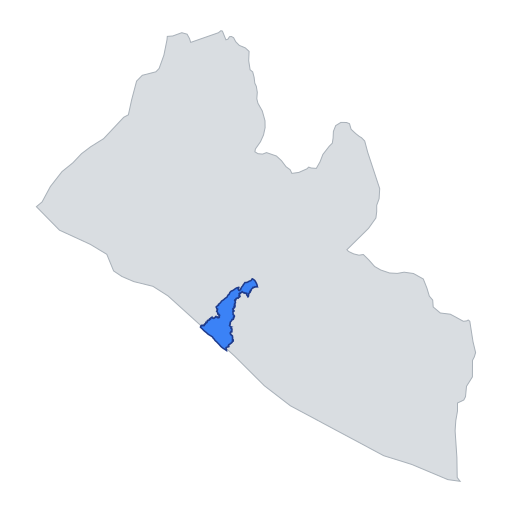 District #4, Grand Bassa, Liberia (highlighted)
{"feature_id": "62588387B61310853787803", "entity_name": "District #4", "entity_type": "district", "adm_level": 2, "iso_a3": "LBR", "parent_name": "Liberia", "parent_adm1": "Grand Bassa", "projection": "mercator", "projection_center": [-9.694, 5.903], "detail": "fine", "context": "in_parent", "style": "filled", "palette": "blue", "viewbox_px": 512, "rotation_deg": 0, "n_neighbors": 0, "source": "geoboundaries", "source_scale": "gbopen_adm2", "svg_char_len": 7424}
<svg xmlns="http://www.w3.org/2000/svg" viewBox="0 0 512 512"><path d="M36.4,206.7L42.1,201.9L50.4,186.5L62.0,171.6L72.9,162.8L81.5,153.7L90.6,146.8L103.7,138.6L123.7,117.3L128.4,114.8L131.6,100.0L136.6,81.1L142.3,75.3L155.9,71.8L159.1,68.5L163.9,55.2L167.0,39.8L167.3,36.4L172.7,36.0L181.8,32.7L187.1,34.2L189.5,38.6L190.7,42.4L218.5,32.7L220.9,30.7L222.4,31.1L225.9,39.8L227.9,39.2L229.5,36.7L231.4,36.5L233.6,37.7L235.7,41.7L239.3,45.4L245.3,47.9L249.1,51.4L248.7,60.7L250.1,69.8L252.7,71.9L254.1,77.3L254.8,83.2L256.3,86.3L257.3,92.3L256.8,98.7L257.9,103.2L262.3,111.0L265.0,120.8L265.1,127.7L263.5,135.0L260.5,141.7L255.4,149.0L254.9,151.8L258.0,153.7L262.6,154.1L266.5,152.6L276.4,156.0L281.5,160.7L286.0,166.7L290.1,169.7L291.9,173.4L298.9,172.4L307.0,168.8L308.7,167.1L311.1,168.0L316.3,168.4L320.0,161.9L322.9,154.4L329.2,146.3L332.3,143.2L333.1,138.1L333.4,131.4L335.7,125.6L340.9,122.4L346.5,122.5L349.5,123.7L351.1,129.3L355.6,133.5L359.4,136.5L361.5,137.7L364.7,141.0L367.7,152.3L379.7,188.7L379.1,198.7L376.7,205.3L376.7,211.7L375.9,218.0L368.5,228.4L346.9,249.7L348.6,251.5L353.7,253.9L359.0,255.2L363.3,254.5L368.7,259.8L374.6,266.5L380.7,270.0L389.6,273.0L397.4,273.4L404.1,272.2L413.4,273.5L423.3,279.0L426.9,288.1L429.3,296.1L432.7,300.1L433.2,307.0L440.3,313.0L450.3,314.2L463.4,321.3L466.7,320.9L468.2,320.0L469.8,321.3L473.0,341.7L475.6,352.6L474.3,356.9L472.5,360.4L472.4,376.9L466.5,386.3L465.5,396.7L463.8,400.0L457.5,403.0L457.5,411.0L455.8,420.6L455.1,430.8L456.9,457.6L457.2,477.5L460.1,481.3L447.8,479.6L411.6,464.4L383.7,455.7L290.4,405.8L264.4,385.8L234.5,356.0L168.0,295.9L152.9,286.3L133.8,281.6L121.9,276.5L113.6,270.9L106.8,254.3L90.2,244.3L59.5,230.2L36.4,206.7Z" fill="#d9dde1" stroke="#a8b0b8" stroke-width="1"/><path d="M220.4,302.8L218.4,304.4L218.6,304.7L218.6,305.1L218.3,305.4L217.5,305.8L216.5,306.5L216.2,306.8L216.1,307.0L216.6,308.1L216.9,309.0L217.2,308.9L217.6,309.0L217.6,309.3L217.3,310.1L217.3,310.4L217.3,310.7L216.8,310.9L216.6,311.2L217.8,312.8L217.7,313.5L217.7,313.9L217.8,314.1L218.1,314.3L218.3,314.3L218.7,314.1L218.8,314.2L218.8,314.6L218.8,314.8L219.4,314.9L219.6,315.1L219.6,315.5L219.1,315.7L219.0,316.1L219.1,316.4L219.4,316.8L219.4,317.2L219.1,317.6L218.0,317.9L217.7,317.5L217.7,317.1L217.5,316.9L217.0,317.0L216.9,317.2L216.0,316.6L215.9,316.4L215.4,316.8L215.4,317.3L215.2,317.4L214.6,317.8L214.4,317.9L214.1,318.3L213.7,318.4L213.5,318.0L212.6,318.0L212.4,318.1L212.2,317.9L212.0,317.2L211.6,317.6L211.4,317.5L211.2,317.6L210.7,318.1L210.5,318.4L209.7,318.8L209.3,319.2L209.3,319.5L209.5,319.6L209.8,319.6L209.5,319.9L209.3,320.1L208.9,320.3L208.5,320.2L208.3,320.4L208.0,320.5L207.5,320.4L207.3,320.8L207.5,321.3L207.4,321.5L207.2,321.6L207.0,321.8L207.0,322.5L206.9,322.6L206.3,322.1L206.0,322.1L205.9,322.3L206.0,322.7L205.8,322.8L205.8,323.2L205.5,323.4L205.4,323.5L205.5,323.7L205.4,323.9L204.9,324.0L205.0,324.3L204.9,324.5L204.5,324.5L204.3,325.2L204.1,325.0L203.9,325.0L203.8,325.4L203.7,325.5L203.4,325.2L203.2,325.3L203.3,325.6L203.1,325.7L202.8,325.7L202.6,325.3L202.4,325.3L202.4,325.5L202.1,325.5L202.1,325.3L201.9,325.2L201.7,325.3L201.7,325.7L201.6,325.8L201.2,325.6L200.8,326.0L200.6,326.3L200.6,326.7L200.7,326.9L200.5,327.3L202.0,328.6L204.0,330.7L205.2,331.7L206.4,332.6L207.7,333.9L208.9,334.7L210.9,335.9L212.6,337.0L213.1,338.1L214.1,339.0L215.0,340.4L215.7,341.1L216.4,341.6L218.1,343.4L219.0,344.3L220.9,346.5L221.7,347.2L223.4,348.5L224.5,349.1L226.6,350.6L226.6,350.0L226.2,349.4L226.1,348.9L226.2,348.5L226.1,347.8L226.1,347.5L226.9,347.2L228.8,346.7L228.8,346.3L228.9,346.1L228.3,345.8L228.3,345.6L228.8,344.6L229.2,344.4L229.5,344.3L230.3,343.9L230.3,343.7L230.5,343.3L231.2,343.2L231.5,343.0L231.9,342.3L232.2,342.2L232.3,341.5L232.8,341.4L233.1,341.3L233.3,340.6L233.2,339.9L232.4,339.9L232.4,339.6L232.5,339.0L232.7,338.9L232.5,338.2L232.4,337.8L232.6,337.6L232.7,337.1L232.4,336.4L232.4,335.8L232.0,335.6L231.5,335.3L231.5,334.9L231.3,334.8L231.0,334.8L230.5,334.2L230.4,333.9L230.5,333.6L230.4,333.6L230.4,333.2L230.2,333.1L230.2,332.8L230.7,332.2L231.4,331.7L231.7,331.6L231.8,331.7L231.9,331.4L231.6,331.2L231.9,331.1L232.0,329.1L231.8,328.7L231.3,328.7L231.0,328.4L231.0,328.1L231.1,327.6L231.0,327.0L231.3,326.9L230.3,326.5L229.9,325.9L229.9,325.2L229.7,325.2L230.3,324.0L230.0,323.7L229.8,323.7L229.8,323.4L229.7,323.4L230.2,323.2L230.3,322.9L230.3,322.5L230.2,322.4L230.4,321.9L230.7,321.7L231.1,321.2L231.5,320.8L231.9,320.3L232.0,320.0L231.9,319.6L232.0,319.4L232.8,319.2L232.9,319.4L233.2,319.4L233.3,319.2L233.5,318.9L233.6,318.7L233.4,317.2L233.5,317.0L233.7,316.8L233.9,316.9L234.1,317.1L234.5,316.1L234.1,315.5L233.8,315.0L233.5,315.0L233.1,314.6L233.1,313.1L233.0,312.6L232.9,311.4L233.1,310.6L233.3,310.8L233.4,311.3L233.6,311.4L233.9,311.3L234.0,311.0L234.0,310.6L233.5,310.2L233.3,309.7L232.9,309.3L233.2,309.1L233.2,308.8L232.9,308.7L233.1,308.4L233.5,308.4L233.8,308.2L234.0,307.8L234.0,307.2L234.2,307.3L234.2,307.7L234.3,307.8L234.6,307.5L234.8,307.0L234.7,306.7L234.2,306.4L234.3,306.2L234.8,306.2L235.0,306.3L235.1,306.2L235.1,305.9L234.4,305.4L234.3,305.1L234.3,304.8L234.4,304.7L234.7,304.6L235.0,304.8L235.0,304.6L234.8,304.3L234.8,304.1L234.6,303.7L234.6,303.4L235.0,303.4L235.5,302.8L235.2,301.4L234.6,300.6L234.8,299.9L235.1,299.9L235.6,300.1L235.7,299.4L236.0,299.4L236.1,299.1L236.2,298.4L237.2,298.1L238.0,298.2L237.9,297.7L238.0,297.6L238.7,297.5L238.8,297.3L239.1,297.2L239.1,296.8L239.2,296.6L239.5,296.4L239.6,296.5L239.8,296.7L240.1,296.2L239.7,295.8L239.2,295.8L239.0,295.5L239.0,295.2L239.5,295.0L239.6,294.7L239.4,294.4L239.4,294.0L239.1,293.6L239.8,293.0L240.3,292.9L240.6,293.2L240.9,292.8L240.9,292.6L241.4,292.5L241.6,292.1L241.9,291.9L242.1,292.0L242.2,291.7L242.3,291.8L242.4,292.0L242.5,292.1L242.8,292.1L243.1,292.3L243.3,292.6L243.5,292.6L244.0,293.0L244.2,292.9L244.4,293.0L244.4,292.8L244.6,292.7L244.8,293.0L245.2,293.2L245.5,293.2L245.9,293.0L246.0,293.0L246.1,293.3L246.4,293.9L246.6,293.7L246.9,293.6L246.9,293.9L247.2,294.2L246.9,294.1L246.6,294.3L246.7,294.8L246.8,294.8L247.1,295.2L247.1,295.4L247.4,295.9L247.7,296.2L247.8,296.5L248.1,296.7L248.1,296.8L248.3,296.7L248.5,296.0L248.5,295.5L248.7,295.0L248.7,294.5L248.6,294.0L248.8,293.5L249.1,293.3L249.3,293.1L249.4,292.8L249.5,292.7L250.0,292.5L250.2,292.1L250.3,292.0L250.3,291.9L249.9,291.6L250.0,291.5L250.2,291.3L250.4,290.5L250.6,290.5L250.9,290.6L251.1,290.6L251.1,290.4L250.9,290.2L251.5,289.2L252.1,288.5L252.7,288.1L253.0,287.3L253.4,287.3L253.6,287.4L253.6,287.6L254.1,287.3L254.6,287.2L254.8,286.9L255.0,287.1L255.5,286.8L255.8,286.8L256.1,286.9L256.2,286.7L256.5,286.8L257.2,286.6L257.4,286.7L257.0,284.7L256.4,283.3L255.2,281.1L254.6,280.3L253.5,279.5L252.6,278.9L252.2,278.8L251.5,279.9L250.9,280.6L250.3,280.9L249.6,281.0L249.2,281.1L248.8,281.5L246.8,282.5L246.5,282.4L245.4,282.6L245.0,282.5L244.8,282.7L243.5,284.6L243.2,284.8L243.0,285.5L242.3,286.4L241.8,286.9L241.3,287.6L241.2,288.2L240.9,288.5L240.9,289.0L240.5,289.0L240.4,289.1L240.2,289.8L239.8,290.1L239.7,290.5L239.4,290.6L238.7,290.3L238.5,289.6L238.2,289.3L238.1,288.9L238.7,288.0L238.9,287.5L238.8,287.3L237.8,287.6L236.9,287.8L236.1,288.2L235.4,288.6L234.0,289.7L232.4,290.7L231.6,290.9L230.7,291.5L230.3,292.0L229.8,292.6L229.3,294.0L229.0,294.5L228.6,294.5L228.4,294.6L227.5,296.0L227.1,297.0L224.8,298.6L223.6,299.8L222.1,300.7L221.4,301.2L220.9,302.1L220.4,302.8Z" fill="#3b82f6" stroke="#1e3a8a" stroke-width="1.5"/></svg>